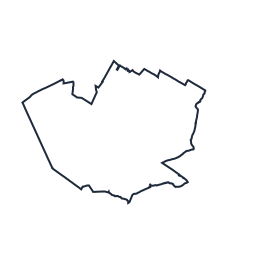 Bahna, Neamt, Romania, rotated 240°
{"feature_id": "2599482B15679101167619", "entity_name": "Bahna", "entity_type": "district", "adm_level": 2, "iso_a3": "ROU", "parent_name": "Romania", "parent_adm1": "Neamt", "projection": "orthographic", "projection_center": [26.776, 46.763], "detail": "fine", "context": "isolated", "style": "outline", "palette": "slate", "viewbox_px": 256, "rotation_deg": 240, "n_neighbors": 0, "source": "geoboundaries", "source_scale": "gbopen_adm2", "svg_char_len": 5517}
<svg xmlns="http://www.w3.org/2000/svg" viewBox="0 0 256 256"><g transform="rotate(240 128 128)"><path d="M139.3,204.1L139.4,203.8L139.4,203.4L138.1,201.4L137.9,200.8L137.5,200.3L136.9,199.8L136.5,198.9L140.1,196.8L142.0,195.7L142.6,195.2L145.8,193.6L149.1,191.6L150.0,191.2L154.9,188.3L155.7,187.6L156.0,187.4L156.7,187.1L159.4,185.6L161.1,184.7L161.4,184.6L161.7,184.5L160.2,182.9L160.1,182.6L160.0,182.3L159.7,181.9L158.8,180.8L158.3,180.2L157.6,179.9L157.5,179.6L157.0,179.3L159.3,178.4L161.8,177.1L162.5,176.6L163.5,175.9L166.5,174.3L167.0,173.8L167.4,173.6L167.9,173.4L171.0,171.6L168.6,164.5L172.2,162.1L173.9,161.2L174.5,161.0L175.3,161.0L175.8,160.9L175.7,158.3L175.6,158.1L175.7,157.2L176.4,157.4L176.8,157.7L177.1,157.6L177.3,157.3L177.5,156.8L177.9,157.3L178.3,157.3L178.6,156.8L178.8,157.0L178.9,156.8L179.0,156.5L179.2,156.3L179.8,156.5L179.8,155.8L180.3,156.0L180.3,155.7L180.5,155.3L180.9,155.2L181.1,154.7L181.7,154.7L185.5,152.5L186.1,152.4L186.3,152.2L185.6,151.1L183.7,147.9L184.3,147.6L186.5,151.3L193.1,149.2L191.0,145.8L188.7,141.8L186.8,138.7L185.2,136.0L184.0,134.0L182.8,132.0L181.9,130.3L181.1,128.8L180.6,129.1L177.8,122.6L180.6,121.0L176.8,119.3L175.4,119.1L174.6,118.8L174.3,118.6L174.1,118.3L173.9,117.9L173.7,117.6L168.1,109.8L167.0,108.3L176.6,103.3L177.4,102.7L178.0,101.9L179.6,99.6L179.9,99.2L180.1,99.0L180.9,98.7L185.1,96.7L187.4,98.5L187.9,98.9L189.4,100.0L190.6,100.6L191.0,100.9L191.8,101.9L192.6,102.3L193.5,102.9L194.5,103.4L195.1,103.6L195.7,103.5L198.1,96.4L198.8,94.5L199.3,94.9L199.7,95.1L200.2,95.4L201.5,95.9L201.9,95.9L202.8,95.7L202.7,94.5L202.7,93.8L202.9,93.8L203.1,88.4L203.3,85.4L203.4,83.8L203.6,81.1L204.0,76.2L204.4,73.6L204.5,71.1L204.8,67.5L204.7,67.1L204.9,64.1L204.9,62.4L204.7,60.7L203.9,58.7L203.5,55.2L203.2,52.3L202.8,49.3L201.9,49.3L200.9,49.2L195.7,48.6L164.4,45.6L155.2,44.7L145.6,43.8L140.7,43.3L136.8,43.0L135.2,42.8L134.7,42.8L132.5,42.6L132.2,42.6L131.4,42.3L131.2,42.3L131.0,42.5L130.9,42.4L130.7,42.4L120.6,46.9L119.7,47.4L118.9,47.7L117.5,48.4L114.9,49.5L113.6,50.1L112.9,50.5L112.4,50.6L112.0,50.8L111.6,50.9L109.6,51.9L105.1,53.8L103.9,54.4L101.0,55.7L98.3,56.8L99.8,59.3L99.8,59.5L99.7,59.5L99.5,59.9L99.4,60.2L99.4,60.4L99.2,61.0L99.1,61.8L98.9,62.6L98.8,63.2L98.5,64.2L98.3,64.5L97.9,65.1L97.8,65.4L92.2,65.8L90.8,65.9L90.2,65.8L89.0,67.8L88.2,69.5L85.3,75.0L85.2,75.0L84.6,76.2L83.2,77.6L82.0,78.7L82.3,79.0L82.5,79.4L82.2,79.3L81.9,79.3L81.5,79.5L80.5,79.7L79.2,80.4L78.2,80.5L77.6,81.1L77.1,81.6L76.7,81.9L76.6,82.1L76.4,82.3L76.2,82.2L75.7,82.4L75.5,82.8L75.2,83.0L74.9,83.7L74.7,84.4L74.6,84.6L74.1,85.2L73.8,85.4L73.5,85.5L73.2,85.6L72.3,86.5L72.1,87.0L70.5,87.2L70.2,87.3L69.6,88.0L68.7,89.1L67.9,89.8L67.6,90.2L66.5,91.1L66.3,91.2L65.9,91.1L65.5,91.2L64.6,91.5L64.4,91.5L63.9,91.4L63.4,90.9L63.0,90.7L63.1,92.1L63.7,93.0L64.9,94.5L65.6,95.5L66.2,96.2L66.7,96.9L67.2,97.5L67.6,98.0L67.9,98.7L68.0,99.1L68.0,99.8L67.9,100.5L67.7,100.9L67.5,101.1L67.4,101.3L67.1,102.2L66.9,102.7L66.9,103.1L67.0,103.9L66.9,104.3L66.8,104.6L66.8,107.8L66.6,109.4L66.4,111.7L65.7,117.5L66.5,117.5L66.4,118.3L66.5,118.4L67.1,118.6L67.4,118.8L68.0,118.9L68.0,119.0L67.7,119.1L66.7,119.1L66.2,119.6L65.9,120.2L65.2,121.6L65.1,122.3L64.9,123.0L64.7,123.4L64.3,123.8L63.8,124.2L63.7,125.1L63.0,127.7L62.7,128.5L62.5,129.7L62.4,130.5L62.3,130.9L62.4,131.0L63.0,131.0L62.1,131.4L62.1,132.0L61.9,132.3L61.7,132.4L61.6,132.8L61.7,133.3L61.2,133.8L61.2,134.0L61.3,134.2L61.3,134.9L61.2,135.0L60.9,135.4L60.5,135.6L60.4,135.7L60.5,136.0L60.0,136.2L59.8,136.4L59.1,136.7L58.7,137.2L58.6,137.7L58.5,137.8L58.3,137.8L58.1,138.0L57.7,138.4L57.6,138.6L57.2,138.8L56.8,139.0L56.5,139.1L56.3,139.1L56.0,138.8L55.8,138.8L54.6,139.1L54.0,139.4L53.2,139.7L53.2,139.9L53.1,140.1L52.9,140.5L52.7,141.0L52.5,141.3L52.0,141.9L51.3,143.9L51.2,144.1L51.1,146.3L51.3,148.0L51.6,148.9L51.6,150.0L51.5,150.3L51.3,150.7L51.2,151.3L51.2,151.8L51.3,152.7L51.9,152.6L53.4,152.6L54.5,152.2L56.7,151.4L56.7,151.1L57.0,150.9L57.2,151.1L59.1,150.3L59.9,149.8L60.2,149.5L60.8,148.8L61.4,148.4L61.8,149.2L64.8,147.8L67.0,146.8L69.3,145.8L80.7,140.1L80.5,143.9L80.4,145.0L80.0,146.5L79.4,148.4L78.9,150.6L78.6,151.6L78.1,153.1L78.0,154.1L77.8,155.2L77.9,155.7L77.8,156.0L77.7,156.2L77.6,156.8L77.7,157.2L77.6,157.6L77.8,158.0L77.6,158.8L77.6,159.3L77.8,159.8L77.8,160.3L78.1,160.8L78.0,161.5L78.1,162.5L78.1,162.8L78.5,163.4L78.5,163.7L78.5,164.1L78.6,164.9L78.6,165.4L78.9,166.5L78.8,166.9L78.8,167.5L78.1,168.8L78.0,169.2L77.8,170.3L77.8,170.8L77.7,171.1L77.7,171.6L77.5,172.0L77.4,172.5L77.3,172.9L77.2,173.1L76.9,173.4L76.9,173.5L77.0,173.7L76.9,174.0L77.0,174.1L77.0,174.3L77.1,174.6L79.2,175.3L79.9,175.1L80.4,174.9L82.9,174.9L83.6,175.3L84.3,175.6L85.5,176.1L86.1,176.2L86.4,176.4L86.5,177.1L86.7,177.4L87.6,178.2L88.9,179.4L89.9,180.5L90.2,181.3L90.6,181.8L91.5,182.9L92.0,183.7L95.0,186.5L97.8,188.8L98.2,189.2L98.4,188.9L100.4,190.8L101.2,191.5L102.7,193.0L104.6,194.4L107.0,196.4L108.3,197.4L109.1,197.8L110.2,197.7L111.7,197.3L112.9,197.3L113.4,197.8L113.6,198.1L113.9,198.4L114.4,198.8L114.5,199.1L114.8,200.0L114.7,200.5L114.8,201.0L114.7,201.2L115.0,201.7L115.1,201.9L115.0,202.4L115.1,202.6L115.1,202.9L115.1,203.0L114.7,203.1L114.8,203.7L114.9,203.9L115.0,204.0L115.2,203.9L115.4,204.0L115.9,204.6L116.1,204.8L116.5,205.8L116.6,206.1L116.6,206.9L116.7,207.0L117.2,207.8L118.2,209.0L119.0,209.7L119.5,210.5L119.5,211.2L119.7,211.6L120.5,212.2L121.0,212.6L121.5,213.5L121.9,213.7L129.1,209.8L133.3,207.3L139.3,204.1Z" fill="none" stroke="#1e293b" stroke-width="2"/></g></svg>